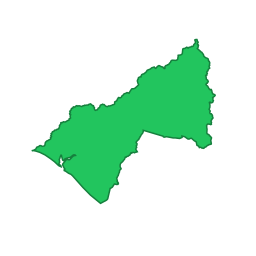 Moma, Nampula, Mozambique, rotated 72°
{"feature_id": "85939544B26201267157646", "entity_name": "Moma", "entity_type": "district", "adm_level": 2, "iso_a3": "MOZ", "parent_name": "Mozambique", "parent_adm1": "Nampula", "projection": "orthographic", "projection_center": [39.158, -16.396], "detail": "fine", "context": "isolated", "style": "filled", "palette": "green", "viewbox_px": 256, "rotation_deg": 72, "n_neighbors": 0, "source": "geoboundaries", "source_scale": "gbopen_adm2", "svg_char_len": 5756}
<svg xmlns="http://www.w3.org/2000/svg" viewBox="0 0 256 256"><g transform="rotate(72 128 128)"><path d="M170.6,61.8L170.0,61.1L170.1,59.9L169.1,57.7L169.2,57.2L168.8,56.3L169.0,55.6L168.9,54.8L169.1,54.5L169.0,53.8L168.1,53.4L167.1,53.5L166.4,53.2L165.5,53.2L163.2,51.6L161.3,52.2L160.8,52.7L159.4,53.1L158.0,54.5L157.1,54.6L153.3,53.1L152.4,53.2L151.6,52.8L150.2,52.6L149.1,51.6L148.9,50.8L149.9,48.7L150.4,48.2L150.2,47.5L148.9,47.3L148.4,46.8L147.2,47.0L146.6,46.6L145.7,45.4L145.3,45.3L145.0,44.3L144.3,44.0L143.8,44.0L143.1,44.2L142.2,43.8L141.2,44.0L140.2,44.4L139.9,45.3L138.9,45.5L138.0,45.3L137.7,44.8L137.1,44.6L135.3,45.1L133.7,43.8L131.6,43.0L128.8,42.7L128.7,41.9L129.8,41.3L129.8,39.6L128.3,38.3L127.6,38.6L126.0,38.1L125.8,37.9L125.2,38.0L124.5,35.8L123.8,35.0L123.0,35.2L122.2,36.6L121.6,36.6L120.8,37.0L119.5,37.0L118.9,36.8L117.1,36.9L117.0,37.1L117.1,38.0L116.2,38.3L115.8,38.8L112.8,39.3L111.7,40.1L110.6,40.4L109.9,39.6L109.6,38.9L109.8,38.6L109.1,38.0L108.8,37.4L107.3,37.4L105.8,38.4L103.3,37.9L102.2,38.0L101.9,37.6L102.1,36.7L101.8,36.5L101.1,36.4L100.6,35.7L99.2,35.9L98.5,35.1L98.4,34.4L97.0,33.5L96.3,31.8L94.6,31.9L94.1,31.7L93.6,30.9L92.8,30.9L91.3,30.1L90.6,30.1L89.6,30.2L89.3,30.6L88.2,30.6L87.5,30.4L86.9,30.5L85.8,31.5L85.5,32.1L83.5,33.6L81.1,33.6L80.4,34.0L78.8,34.4L78.2,35.1L77.1,35.5L76.6,36.1L75.6,36.4L74.2,37.4L73.7,37.5L73.5,37.0L72.5,36.1L71.5,36.0L71.1,35.4L70.3,35.6L70.0,36.1L69.5,36.0L69.0,35.7L68.2,34.8L67.7,34.8L67.0,35.3L66.1,35.0L65.1,35.1L64.8,36.0L64.8,37.1L65.3,37.3L66.7,37.2L68.1,37.8L68.9,39.5L70.3,40.7L70.4,41.5L70.0,42.4L70.4,43.4L70.1,45.0L70.6,45.9L70.3,46.5L69.7,46.7L69.3,47.3L69.9,49.2L69.6,50.1L69.8,51.5L74.1,53.4L74.6,54.4L74.8,55.5L74.3,57.8L74.6,58.0L75.7,58.2L76.1,58.6L77.9,59.4L78.5,60.7L78.5,61.6L77.2,64.9L77.2,65.7L77.7,66.6L78.6,67.2L79.3,68.7L80.1,69.5L80.1,70.9L80.4,71.5L80.3,72.6L80.8,73.7L81.3,74.1L82.5,74.3L82.8,74.7L82.5,75.3L81.6,75.8L80.9,75.9L79.5,78.0L78.6,78.6L78.2,79.3L78.5,80.9L79.9,83.2L79.6,83.6L78.1,84.2L78.1,86.9L78.8,88.5L79.0,91.8L80.7,94.0L80.9,95.1L81.4,96.1L81.3,97.4L81.5,98.5L82.8,99.7L83.3,99.8L83.1,100.8L83.3,102.4L84.0,103.0L84.5,103.1L85.2,104.0L86.1,104.6L88.7,104.7L90.0,104.5L90.4,104.8L92.3,109.1L92.4,110.4L91.9,112.2L92.9,113.7L94.5,115.5L94.7,116.1L95.2,116.3L94.0,118.0L94.3,119.4L94.3,121.2L95.4,122.9L95.6,123.8L95.9,124.2L96.4,124.5L96.9,125.4L96.8,126.5L96.1,127.3L96.2,127.9L96.9,128.5L97.2,129.1L98.6,130.3L99.1,132.6L101.0,133.3L101.3,134.0L101.2,135.6L101.4,136.2L101.4,138.5L101.0,139.6L101.3,141.0L101.0,141.4L100.8,141.9L100.2,142.6L98.4,143.4L98.3,143.9L97.5,144.8L97.7,145.5L97.6,146.4L97.9,147.4L99.5,148.5L99.8,148.9L99.9,150.1L101.2,151.4L101.1,152.1L101.2,153.5L100.9,153.8L99.1,154.1L98.3,153.6L97.4,153.9L97.0,154.3L96.1,154.0L95.5,154.9L93.5,156.1L93.4,157.9L93.9,158.9L93.5,159.7L93.3,161.4L92.9,162.1L93.2,162.9L92.9,163.8L93.3,165.3L91.8,167.5L91.6,168.4L91.6,169.2L91.0,169.6L90.9,170.0L91.0,170.7L91.6,171.9L91.5,172.6L91.1,173.0L91.1,173.5L91.4,174.0L92.1,174.5L92.1,175.0L91.9,175.5L92.0,175.8L93.3,176.4L93.3,177.0L94.1,178.1L94.5,177.8L95.1,178.3L95.8,178.1L96.3,179.1L97.3,179.1L97.7,178.5L98.8,179.3L100.0,179.6L100.7,179.5L101.1,180.2L101.1,181.1L102.3,181.8L102.3,183.3L102.9,185.6L102.5,186.9L102.1,187.6L102.6,188.8L102.2,189.8L102.2,190.2L103.2,190.6L104.6,192.5L105.4,192.6L107.1,193.9L107.0,194.3L107.5,194.9L107.3,196.1L107.7,196.7L107.4,198.4L107.7,199.0L108.2,199.5L108.2,201.0L109.1,201.6L109.6,202.9L110.7,202.7L111.3,203.7L112.6,203.4L112.9,203.8L112.9,204.6L114.4,204.8L114.7,205.3L114.9,207.1L115.2,207.9L115.2,209.1L115.8,210.4L116.3,211.1L118.7,212.4L119.2,213.2L119.1,214.6L118.8,215.5L117.8,216.3L117.5,217.4L118.0,218.7L118.1,220.8L119.2,221.8L119.6,222.4L120.0,224.6L119.9,225.9L120.1,225.9L120.3,224.8L121.4,222.9L123.9,219.4L128.0,215.2L132.9,211.4L137.2,208.4L141.8,205.9L142.7,205.3L144.2,203.6L143.0,203.5L142.2,204.0L142.0,204.5L141.2,204.6L141.0,204.9L140.7,204.9L139.4,203.5L138.4,203.5L137.8,203.2L136.5,203.1L136.1,202.4L134.5,201.4L133.1,200.1L133.3,199.8L133.7,199.7L134.4,200.0L135.4,199.9L137.9,200.1L138.5,200.0L139.1,199.4L138.0,197.8L137.8,196.6L137.8,194.1L138.0,192.7L137.9,191.6L137.4,190.0L137.0,189.4L136.7,187.7L137.3,186.6L137.9,186.4L137.7,187.6L137.8,188.8L138.6,190.5L139.3,191.6L139.4,192.1L140.1,193.2L140.0,194.1L139.3,194.9L139.1,196.2L139.3,197.1L140.9,199.3L142.0,201.1L142.7,201.5L144.8,201.4L147.5,200.7L147.8,200.9L147.7,201.4L148.5,201.6L149.3,202.2L148.9,201.6L149.1,201.2L152.7,198.5L154.5,196.5L156.5,195.4L170.7,189.2L180.3,184.4L191.2,177.4L190.0,170.9L189.7,170.1L189.1,169.2L179.9,163.6L179.9,162.8L179.4,161.1L177.1,158.3L177.2,157.8L178.1,156.6L178.5,155.1L178.1,154.4L177.3,154.2L177.1,154.7L176.3,154.4L175.6,154.9L174.9,154.5L172.0,154.2L171.6,153.5L170.8,152.9L170.2,152.0L168.5,150.9L167.2,149.7L165.8,149.2L164.8,147.3L164.4,147.1L162.8,147.5L161.7,147.3L160.1,146.6L159.3,145.8L158.2,143.2L157.3,142.3L156.9,141.2L154.9,139.6L155.2,138.8L154.8,138.4L154.8,136.3L154.4,135.6L154.3,134.6L153.3,133.7L153.1,132.9L152.5,132.8L152.5,132.4L153.0,132.0L152.7,131.0L153.0,130.1L153.6,129.4L153.3,128.5L153.5,128.3L153.5,126.5L150.6,127.2L149.6,126.5L149.3,125.8L147.5,125.7L147.0,124.8L145.8,124.3L145.5,124.3L144.7,124.8L144.0,124.7L142.8,122.8L142.2,121.2L141.4,120.8L140.8,119.7L140.1,119.4L139.8,118.7L138.8,117.8L137.2,115.4L135.7,114.4L134.9,114.2L146.6,97.2L147.3,97.1L147.7,96.7L148.0,96.0L148.1,94.2L151.4,88.1L152.1,86.0L153.9,82.2L153.7,79.5L152.3,79.2L153.9,76.7L157.0,74.4L157.4,73.2L157.2,71.5L157.4,70.8L160.6,68.9L162.3,67.4L165.6,67.8L166.0,67.6L166.4,66.9L167.0,66.7L167.3,66.4L168.7,66.2L168.7,65.1L169.1,64.5L170.1,63.8L170.2,63.1L170.7,62.4L170.6,61.8Z" fill="#22c55e" stroke="#15803d" stroke-width="1.5"/></g></svg>